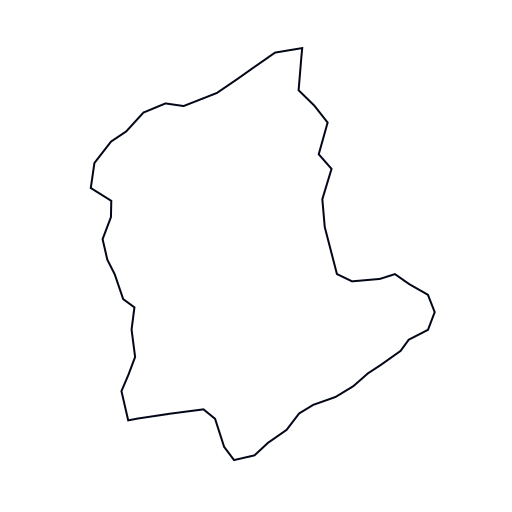 Tranås, Jönköping, Sweden (Mercator projection), rotated 77°
{"feature_id": "70781695B97967886830889", "entity_name": "Tranås", "entity_type": "district", "adm_level": 2, "iso_a3": "SWE", "parent_name": "Sweden", "parent_adm1": "Jönköping", "projection": "mercator", "projection_center": [14.881, 58.063], "detail": "fine", "context": "isolated", "style": "outline", "palette": "ink", "viewbox_px": 512, "rotation_deg": 77, "n_neighbors": 0, "source": "geoboundaries", "source_scale": "gbopen_adm2", "svg_char_len": 885}
<svg xmlns="http://www.w3.org/2000/svg" viewBox="0 0 512 512"><g transform="rotate(77 256 256)"><path d="M387.4,417.5L387.8,407.3L390.3,375.3L393.6,341.7L405.4,332.5L434.8,330.0L449.9,323.3L449.9,302.3L440.7,286.3L432.4,265.6L432.2,265.2L419.1,249.4L413.9,233.7L411.2,210.1L404.7,190.4L395.5,173.3L390.2,158.9L381.0,136.5L371.9,126.0L366.6,105.0L350.9,94.5L332.5,97.2L324.1,106.3L318.0,112.9L304.9,124.7L306.2,140.5L302.3,168.1L291.8,181.2L243.2,182.5L215.6,178.6L188.1,162.8L171.0,172.0L142.1,156.2L122.5,165.4L104.1,177.2L71.3,166.7L63.8,164.2L62.1,191.7L72.6,217.9L79.1,233.7L88.3,257.3L93.6,292.8L87.0,309.8L87.0,310.0L90.9,333.4L105.4,354.4L111.9,371.5L129.0,392.5L152.6,401.7L169.7,384.6L185.5,388.6L205.1,401.7L226.2,401.7L241.9,397.8L268.2,395.1L278.7,386.0L299.7,393.8L327.2,396.5L343.0,407.0L357.4,417.5L387.4,417.5Z" fill="none" stroke="#020617" stroke-width="2"/></g></svg>